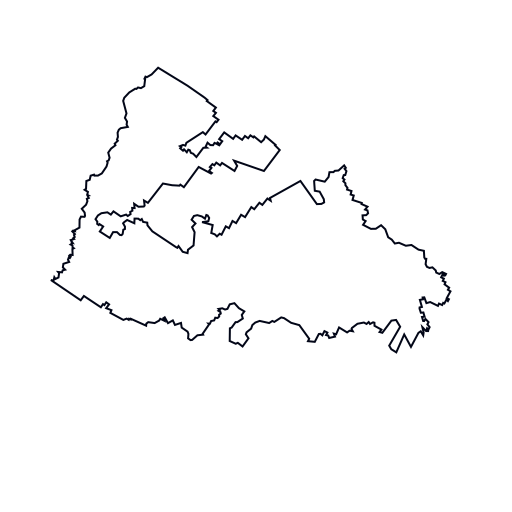 Sayula de Alemán, Veracruz, Mexico, rotated 118°
{"feature_id": "50627088B32201743992634", "entity_name": "Sayula de Alemán", "entity_type": "district", "adm_level": 2, "iso_a3": "MEX", "parent_name": "Mexico", "parent_adm1": "Veracruz", "projection": "natural_earth1", "projection_center": [-94.941, 17.748], "detail": "fine", "context": "isolated", "style": "outline", "palette": "ink", "viewbox_px": 512, "rotation_deg": 118, "n_neighbors": 0, "source": "geoboundaries", "source_scale": "gbopen_adm2", "svg_char_len": 6089}
<svg xmlns="http://www.w3.org/2000/svg" viewBox="0 0 512 512"><g transform="rotate(118 256 256)"><path d="M195.9,67.7L195.7,70.7L193.3,70.6L192.5,76.2L190.2,76.4L190.3,79.4L187.8,79.5L187.9,82.5L185.3,82.6L185.2,81.4L184.2,82.2L184.1,79.8L182.6,79.8L182.8,84.0L185.8,85.7L186.0,89.1L184.4,90.5L183.2,94.9L185.1,97.2L185.3,100.0L183.6,102.4L178.6,104.3L179.1,105.3L178.3,106.7L172.6,110.2L174.1,115.5L173.3,123.9L176.6,128.5L177.2,136.0L179.8,139.3L177.8,143.8L177.4,148.1L171.7,154.4L170.1,160.0L175.7,163.0L178.1,167.3L178.2,176.1L173.7,175.6L173.6,178.8L170.1,181.0L168.2,177.9L165.7,177.1L163.4,179.0L163.8,181.5L160.1,180.7L160.6,187.2L159.5,187.5L161.2,197.1L156.7,198.1L157.3,201.3L153.8,202.2L154.6,206.8L152.9,207.2L151.5,210.3L149.8,211.2L149.0,214.0L147.0,213.8L146.6,216.0L143.4,216.5L142.6,215.2L138.6,216.0L137.4,218.7L136.0,218.1L134.6,220.7L141.8,223.3L143.8,226.4L145.6,227.0L147.5,230.5L152.2,229.0L158.1,230.2L160.5,239.3L162.5,239.9L170.8,234.7L169.3,230.0L174.0,222.8L176.7,221.0L179.3,222.7L181.6,226.6L168.9,252.0L198.2,270.9L200.3,269.0L199.9,272.9L207.9,274.4L207.4,278.0L215.5,279.5L215.0,283.1L226.8,283.9L226.6,288.5L236.3,289.0L236.1,293.2L244.1,292.9L244.0,296.6L253.4,296.4L253.4,298.5L257.0,299.7L256.2,302.6L256.7,306.3L249.0,308.8L251.4,319.5L247.7,314.4L244.4,315.2L242.9,317.7L243.1,319.1L247.0,318.6L246.5,322.4L247.5,327.0L249.8,329.6L254.2,329.9L255.7,324.7L260.5,326.0L263.8,321.4L276.0,316.1L282.4,319.0L285.6,317.8L286.7,322.7L283.6,329.1L285.7,329.3L285.7,331.0L282.9,359.1L279.9,366.2L277.6,367.7L278.9,371.7L277.0,374.2L278.7,375.0L278.3,377.5L280.0,380.8L284.2,378.8L284.7,386.7L288.0,388.3L289.5,388.7L291.6,385.5L293.7,384.4L295.1,385.5L299.1,384.1L300.7,384.5L301.3,386.0L300.2,389.9L302.0,393.4L308.7,393.6L307.7,405.4L301.7,404.8L301.3,409.2L302.5,409.4L302.2,411.3L300.2,412.2L298.8,415.0L294.4,414.6L290.8,412.6L287.2,407.7L287.6,403.6L283.5,402.8L284.5,394.1L280.4,390.1L280.9,388.0L277.9,386.4L276.2,387.8L274.0,386.4L271.7,387.9L270.7,385.7L267.1,388.1L267.7,382.9L265.0,378.3L263.8,378.0L259.6,380.9L259.8,376.4L235.7,372.2L232.9,363.3L229.8,356.6L228.5,356.3L229.1,352.0L204.3,348.4L204.3,334.4L203.4,334.0L203.0,337.4L199.2,336.7L199.1,338.5L195.3,337.6L195.5,335.4L192.2,334.9L192.8,330.2L189.8,329.7L191.0,314.9L185.3,314.9L182.1,320.1L177.2,288.9L151.3,284.8L149.4,291.1L148.7,290.9L145.8,304.0L149.5,303.7L153.1,304.9L151.3,313.8L152.5,314.0L152.1,317.6L155.7,318.2L155.2,322.1L159.9,322.8L159.1,330.6L163.3,331.2L161.8,342.1L170.1,343.4L170.5,339.7L175.5,340.4L175.5,341.5L174.1,341.3L173.8,343.2L175.5,343.5L175.6,345.7L178.3,345.9L179.5,348.4L178.7,352.0L183.2,351.8L183.4,350.3L185.2,353.3L196.6,355.1L195.2,359.5L195.5,362.0L193.7,364.1L193.9,365.7L196.9,365.8L195.6,369.6L197.3,369.9L196.5,373.5L194.9,373.1L194.7,374.7L192.2,372.6L191.7,370.2L188.7,370.6L171.6,361.1L172.4,357.6L156.2,355.0L156.3,353.6L153.3,353.1L152.5,359.4L148.4,358.6L148.0,361.8L143.8,361.1L142.3,372.2L141.1,372.0L140.3,375.7L137.8,396.4L135.7,430.8L144.7,433.4L149.3,436.3L149.5,437.8L151.8,437.7L151.7,437.0L158.5,434.4L161.8,436.4L162.6,439.3L164.6,440.0L165.0,441.2L171.1,444.7L178.1,446.6L181.4,446.1L190.9,437.3L195.6,436.6L197.8,433.0L200.8,431.9L202.2,429.8L206.7,435.5L208.9,436.4L212.1,436.1L215.7,433.8L218.5,433.4L219.1,432.1L223.2,433.5L224.2,432.1L229.2,434.4L234.1,435.0L238.0,431.4L240.8,431.0L242.3,432.0L243.3,430.8L247.2,430.0L255.5,430.9L259.2,433.3L260.9,436.4L260.2,437.2L262.7,439.7L266.8,438.6L269.4,441.0L276.5,437.6L278.0,438.4L278.3,434.5L281.1,433.8L281.2,432.5L281.7,433.2L283.3,430.9L284.9,432.2L286.7,430.6L290.5,430.1L296.1,432.0L298.1,427.7L300.8,425.8L301.9,425.8L303.4,429.0L306.6,428.9L313.8,425.2L318.4,428.2L319.0,427.6L319.4,429.4L320.5,429.8L321.7,426.2L322.9,426.6L324.3,425.0L326.0,425.7L326.4,424.6L328.9,427.0L330.3,424.4L330.4,425.2L331.3,424.3L332.9,425.1L332.8,423.0L334.5,422.0L334.7,420.5L336.0,421.4L341.2,418.4L342.1,420.6L343.2,421.0L343.6,419.3L345.2,419.4L345.2,420.6L347.5,420.3L349.0,418.2L353.3,422.4L356.7,421.2L357.7,418.1L359.4,420.0L361.5,419.6L363.0,423.2L363.6,421.8L367.7,420.3L370.4,422.3L369.4,424.1L372.7,423.2L373.5,425.8L377.4,390.0L372.1,389.2L374.1,368.9L370.3,368.5L370.5,366.8L367.2,366.5L367.7,363.0L372.4,363.8L371.7,358.2L374.6,357.9L374.7,343.1L372.0,340.8L372.1,338.4L371.0,338.6L370.8,336.7L370.2,336.9L369.1,320.3L367.2,321.1L365.0,320.1L362.8,314.0L358.5,311.2L356.4,311.1L356.2,306.5L354.5,308.6L353.0,307.8L356.6,302.2L351.9,299.2L354.9,295.2L350.3,290.8L354.1,288.0L354.9,280.9L356.5,279.1L360.6,277.3L361.0,274.3L360.1,273.0L353.5,270.5L350.3,265.8L349.8,266.6L338.3,265.3L338.0,266.2L337.4,264.9L334.5,265.1L332.5,262.7L329.6,263.0L328.8,260.8L326.7,260.1L325.2,261.0L323.4,260.1L322.2,261.0L322.0,263.4L320.8,262.7L320.3,264.2L318.0,261.2L317.8,258.2L316.1,256.4L311.0,256.5L307.8,252.9L310.1,246.6L310.4,240.3L314.7,240.9L317.4,238.3L323.1,241.4L324.0,243.0L330.6,243.9L332.1,245.1L343.4,239.3L343.0,232.7L341.2,231.3L342.2,225.4L332.2,224.0L329.9,228.2L327.8,228.5L322.4,226.2L318.7,226.8L315.1,225.4L311.6,222.3L309.0,212.9L305.7,211.1L305.6,208.9L298.4,204.9L297.7,202.1L298.5,193.6L296.7,185.3L304.1,170.2L306.8,170.1L304.2,163.8L295.4,163.9L294.4,162.5L294.9,160.2L290.2,160.3L290.1,157.0L292.9,157.0L292.3,154.9L294.0,152.9L290.1,148.4L288.0,150.8L287.5,148.5L280.1,149.1L280.7,139.7L278.0,138.3L277.0,135.2L275.6,137.4L274.5,137.5L268.2,134.6L264.1,129.5L264.1,126.5L261.4,125.5L262.5,123.4L259.6,121.5L259.3,120.1L262.0,118.6L262.1,110.7L265.1,111.2L264.5,108.4L249.5,106.1L246.7,102.3L250.8,95.5L272.6,96.3L274.8,92.8L275.2,86.9L255.7,88.3L263.5,76.5L247.6,76.5L245.1,75.2L247.6,71.1L245.0,72.0L240.7,75.7L242.4,70.6L241.5,68.8L240.6,69.1L240.7,70.7L239.5,71.0L239.8,69.2L237.3,69.3L235.9,72.6L233.4,72.6L232.0,76.9L234.5,77.0L234.9,77.9L231.9,80.8L230.4,78.7L227.3,81.7L228.7,83.8L225.7,86.9L224.6,87.4L223.1,85.6L217.8,90.7L215.9,88.3L214.4,89.4L213.5,88.0L217.6,83.4L214.9,80.6L214.6,71.9L212.1,72.1L211.9,68.6L209.5,68.7L209.5,67.4L205.1,67.4L205.7,65.4L203.6,65.4L203.6,67.8L195.9,67.7Z" fill="none" stroke="#020617" stroke-width="2"/></g></svg>